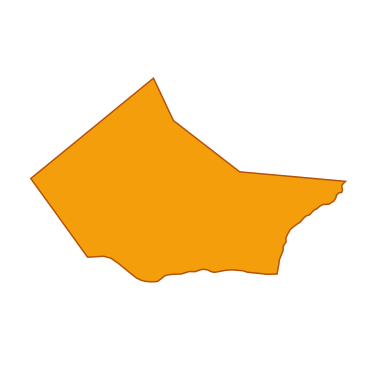 the district of Arvaixeer, Övörhangay, Mongolia, rotated 318°
{"feature_id": "93677404B27145008288474", "entity_name": "Arvaixeer", "entity_type": "district", "adm_level": 2, "iso_a3": "MNG", "parent_name": "Mongolia", "parent_adm1": "Övörhangay", "projection": "robinson", "projection_center": [102.807, 46.251], "detail": "fine", "context": "isolated", "style": "filled", "palette": "amber", "viewbox_px": 384, "rotation_deg": 318, "n_neighbors": 0, "source": "geoboundaries", "source_scale": "gbopen_adm2", "svg_char_len": 1464}
<svg xmlns="http://www.w3.org/2000/svg" viewBox="0 0 384 384"><g transform="rotate(318 192 192)"><path d="M240.9,208.9L226.0,126.5L231.0,109.8L231.7,107.7L239.5,81.6L227.1,81.0L200.7,79.8L197.8,79.6L175.2,78.6L156.7,77.7L155.5,77.6L151.2,77.4L150.3,77.4L81.2,74.1L76.4,119.0L76.2,120.5L70.8,170.6L78.2,176.5L83.3,180.6L87.3,186.6L89.4,195.1L90.6,203.0L91.3,207.2L91.4,208.0L91.7,210.0L93.2,218.8L93.6,219.8L94.2,221.2L95.0,223.3L97.6,227.2L101.2,231.1L105.7,234.9L107.1,235.5L112.3,235.9L115.3,236.0L118.2,237.1L123.3,240.8L129.1,245.7L132.8,247.4L134.3,248.1L136.9,249.4L140.9,253.2L141.0,253.3L143.4,254.3L144.3,254.7L146.7,255.7L148.7,256.9L150.1,258.7L151.6,260.6L152.6,263.2L153.7,265.2L154.8,266.6L156.3,267.6L159.7,269.7L164.5,272.6L167.2,274.6L170.0,277.0L173.4,280.6L177.1,284.5L179.5,288.7L192.9,303.5L199.9,309.5L200.2,309.8L200.3,309.9L201.4,309.0L207.7,304.2L211.5,300.9L215.3,299.0L217.4,298.0L218.1,297.6L220.3,296.5L220.9,296.1L223.3,293.5L223.8,293.4L225.8,292.7L227.7,292.2L228.7,291.9L230.9,289.1L232.6,288.3L235.1,287.2L239.8,285.7L244.6,285.7L252.2,286.7L258.3,286.1L260.9,286.2L264.3,287.7L267.0,287.3L271.3,287.2L273.2,288.0L277.7,288.1L278.8,288.4L279.3,288.5L281.0,288.9L282.9,290.6L285.7,292.7L291.2,293.6L294.8,292.7L297.2,291.1L300.2,290.8L303.0,292.5L305.2,291.2L305.9,289.9L306.3,289.3L307.1,287.9L307.5,287.7L309.0,287.1L311.4,286.9L312.6,286.8L313.2,286.8L240.9,208.9Z" fill="#f59e0b" stroke="#b45309" stroke-width="1.5"/></g></svg>